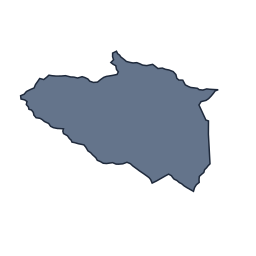 the district of Duartina, São Paulo, Brazil, rotated 76°
{"feature_id": "56859067B62482372645698", "entity_name": "Duartina", "entity_type": "district", "adm_level": 2, "iso_a3": "BRA", "parent_name": "Brazil", "parent_adm1": "São Paulo", "projection": "equal_earth", "projection_center": [-49.423, -22.399], "detail": "fine", "context": "isolated", "style": "filled", "palette": "slate", "viewbox_px": 256, "rotation_deg": 76, "n_neighbors": 0, "source": "geoboundaries", "source_scale": "gbopen_adm2", "svg_char_len": 1959}
<svg xmlns="http://www.w3.org/2000/svg" viewBox="0 0 256 256"><g transform="rotate(76 128 128)"><path d="M112.7,31.2L111.3,35.8L110.1,39.6L109.1,42.2L109.3,46.1L108.0,49.7L106.3,51.0L105.1,54.0L103.8,57.4L102.3,59.4L100.0,62.0L96.8,62.8L94.8,63.3L93.8,67.0L91.6,68.6L87.7,68.6L84.2,70.5L81.6,74.2L80.1,77.5L78.2,80.1L77.5,84.6L74.8,86.6L72.2,88.7L72.0,94.7L70.5,98.6L68.6,100.9L66.7,103.7L66.1,107.4L64.7,110.4L63.0,113.5L61.0,114.9L59.3,116.2L57.3,117.8L55.3,118.5L53.3,120.1L50.7,120.6L51.6,124.8L55.0,125.7L58.3,125.5L60.3,128.8L62.5,127.1L64.6,124.8L68.5,125.0L71.2,123.8L73.4,125.7L73.2,130.5L72.7,136.5L73.0,139.3L74.3,142.7L76.1,146.5L75.4,150.6L73.3,153.8L70.7,155.1L68.5,157.8L67.1,160.1L67.3,164.8L65.5,168.2L64.6,171.3L62.1,176.0L61.4,180.3L60.2,185.3L58.9,189.0L57.6,192.0L59.0,194.5L60.6,198.0L58.6,201.7L60.9,204.3L63.4,207.2L66.4,209.4L67.1,213.7L68.0,217.7L70.1,220.6L70.7,224.4L74.0,224.8L75.7,221.5L77.8,219.6L80.7,221.0L83.3,219.6L85.9,219.6L87.2,217.3L90.0,216.1L92.8,216.2L95.8,214.7L97.3,211.1L99.0,209.3L101.5,207.5L104.4,203.9L107.6,202.7L109.6,200.4L111.4,196.6L112.3,193.6L113.2,190.8L115.3,192.0L117.8,191.9L120.9,188.6L124.1,187.4L126.0,186.1L128.1,185.8L129.4,183.1L131.3,179.9L132.5,177.3L133.7,174.9L136.4,173.6L140.5,172.4L142.9,170.2L145.5,168.8L149.1,166.4L151.9,165.6L154.0,162.8L156.2,160.6L157.3,157.4L157.9,151.3L160.1,148.4L160.8,146.0L161.5,141.7L161.0,137.3L163.2,134.3L166.0,132.5L170.3,128.9L172.3,127.3L176.2,123.8L178.9,121.5L181.2,119.6L183.5,118.5L187.3,117.9L186.3,113.2L185.0,108.6L183.5,103.3L182.6,99.8L184.8,97.4L186.9,96.6L188.7,95.7L190.8,93.2L193.4,91.4L195.0,89.5L197.8,87.5L200.2,85.2L205.3,79.8L201.9,77.8L199.6,75.4L198.0,72.1L195.0,71.5L192.2,70.5L190.7,67.7L189.5,65.2L187.0,63.8L185.6,61.4L184.0,59.4L182.6,57.1L153.5,51.5L140.6,48.2L139.1,50.5L122.8,53.6L120.1,50.7L120.1,45.7L119.1,42.8L117.1,39.6L114.9,36.6L113.1,34.5L112.7,31.2Z" fill="#64748b" stroke="#1e293b" stroke-width="1.5"/></g></svg>